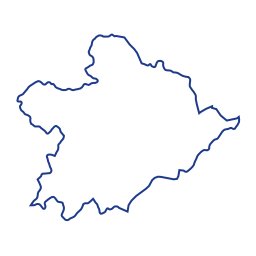 the border of Grad Beograd, rotated 91°
{"feature_id": "SRB-836", "entity_name": "Grad Beograd", "entity_type": "City", "adm_level": 1, "iso_a3": "SRB", "parent_name": "Republic of Serbia", "parent_adm1": "", "projection": "robinson", "projection_center": [20.4, 44.661], "detail": "fine", "context": "isolated", "style": "outline", "palette": "blue", "viewbox_px": 256, "rotation_deg": 91, "n_neighbors": 0, "source": "natural_earth", "source_scale": "10m", "svg_char_len": 5854}
<svg xmlns="http://www.w3.org/2000/svg" viewBox="0 0 256 256"><g transform="rotate(91 128 128)"><path d="M37.5,133.2L44.6,127.7L48.9,123.2L52.8,120.2L63.1,115.5L64.0,112.3L64.6,111.4L65.1,109.6L65.1,109.1L64.9,108.6L63.8,107.3L63.7,107.0L63.9,106.6L64.1,106.4L65.4,105.6L65.7,105.4L66.0,105.0L66.6,103.2L66.6,102.7L66.5,102.2L66.1,101.8L65.8,101.6L64.1,101.1L62.6,100.5L61.8,100.1L61.0,99.5L60.5,98.7L60.4,97.9L60.3,97.2L60.4,96.4L60.5,95.7L61.3,94.5L61.7,94.1L62.5,93.9L64.6,94.0L66.1,93.6L67.5,93.0L68.3,92.5L69.0,91.9L69.3,91.5L69.6,90.4L69.8,86.9L70.0,86.2L70.3,85.6L71.4,83.9L71.6,83.3L71.7,81.4L72.0,79.5L74.4,75.3L75.0,73.9L75.7,71.3L76.0,68.8L76.1,68.4L76.5,67.9L77.9,66.9L78.8,66.6L82.9,67.0L84.6,67.0L85.2,66.9L86.2,66.4L88.9,64.5L90.5,63.1L93.8,61.0L95.4,60.7L98.0,60.7L102.7,59.7L112.0,57.1L110.8,55.7L107.5,50.3L104.8,44.3L106.4,44.3L107.6,40.0L113.8,35.6L118.8,29.4L116.5,19.3L115.0,17.4L117.7,17.0L119.4,17.1L120.2,17.2L121.1,17.6L122.9,18.5L124.7,19.8L126.6,21.0L126.9,21.4L127.1,21.9L127.1,22.4L127.0,23.0L126.2,24.6L126.2,25.3L126.3,25.8L127.2,27.9L127.8,30.9L128.2,31.7L128.8,32.5L130.2,33.8L136.5,37.8L137.0,38.3L137.3,38.8L138.1,41.1L138.5,41.7L139.0,42.3L140.2,43.4L142.2,45.1L143.3,45.8L143.9,46.1L145.2,46.4L147.1,46.5L147.8,46.8L148.2,47.2L148.8,48.1L148.9,48.8L148.7,50.8L148.7,51.4L148.9,52.0L149.1,52.5L150.2,54.0L150.7,54.6L153.6,57.3L154.8,58.1L158.4,59.5L160.6,60.6L163.5,61.5L164.6,62.1L165.8,63.0L167.4,64.5L170.3,67.8L170.6,68.4L170.8,68.9L170.8,69.5L170.6,70.0L170.3,70.6L169.6,71.7L169.2,75.9L175.3,76.8L178.0,78.1L178.5,81.3L176.3,94.2L176.2,97.3L177.4,100.4L179.7,102.9L185.6,106.0L188.3,108.8L195.8,118.6L200.4,123.1L205.0,126.0L211.6,127.0L208.1,135.4L207.0,136.7L206.7,137.4L206.6,138.5L206.6,139.1L206.7,139.7L206.9,140.3L207.3,140.8L208.8,142.3L209.3,143.1L209.6,144.0L209.7,144.8L209.6,145.4L208.7,146.7L208.7,146.9L208.8,147.3L209.7,148.1L211.7,149.1L212.6,149.8L213.1,150.7L214.0,152.5L214.2,153.3L214.1,153.8L213.8,154.2L213.3,154.6L212.9,154.8L209.8,155.4L207.6,156.5L205.3,157.3L204.7,157.6L202.8,159.4L200.3,161.0L199.4,161.7L202.2,164.5L203.6,166.3L203.9,166.9L204.0,167.4L204.0,169.3L204.1,169.9L204.8,171.1L205.2,171.5L206.7,171.9L208.4,172.6L210.2,173.6L213.8,177.3L216.3,179.1L217.3,180.0L218.1,181.2L219.4,184.1L220.8,185.9L221.1,186.9L221.1,188.1L220.9,188.7L220.6,189.3L218.0,191.9L217.5,192.4L216.5,192.8L216.0,192.8L215.4,192.6L211.5,191.0L210.2,190.7L208.5,190.7L207.7,190.9L206.4,191.4L204.3,192.0L204.0,192.2L203.7,192.7L203.5,193.2L203.1,196.1L202.9,196.7L202.5,197.2L202.0,197.7L200.2,199.0L199.1,200.0L198.6,200.5L198.3,201.1L198.2,201.6L198.3,202.6L198.8,203.7L199.5,204.8L200.6,206.3L202.8,208.9L203.4,209.5L203.9,209.8L204.8,209.9L205.4,209.9L207.1,209.3L208.4,209.2L209.4,209.5L209.9,209.8L210.2,210.3L210.3,210.8L210.1,211.5L206.6,214.3L206.0,215.1L205.6,216.1L205.6,216.8L205.6,217.6L205.8,218.3L206.7,220.0L206.9,221.1L207.0,223.9L203.9,221.9L202.4,220.8L201.7,220.0L200.8,218.8L199.9,218.0L199.3,217.7L198.3,217.3L195.5,217.0L193.8,216.6L193.2,216.2L191.3,214.8L189.6,214.1L188.4,214.1L186.9,214.6L184.0,215.9L181.0,217.5L179.1,215.4L178.1,214.4L177.7,214.1L176.2,213.6L175.7,213.3L175.3,212.8L175.1,212.0L175.1,210.7L174.8,208.6L174.6,206.3L174.5,205.6L174.2,205.1L173.9,204.6L172.8,204.0L171.8,203.8L171.2,203.9L170.5,204.1L168.1,205.3L164.7,206.4L163.0,207.2L160.4,207.8L158.3,208.6L157.8,208.6L157.0,208.4L156.6,208.1L156.1,207.4L156.0,206.6L155.9,205.9L156.0,204.3L156.2,203.5L157.2,200.7L153.8,199.2L151.2,197.7L150.4,197.5L148.7,197.3L146.6,197.4L145.7,197.2L144.3,195.9L142.1,194.4L139.9,192.6L138.8,192.2L136.9,191.9L133.1,195.2L132.1,195.6L130.8,195.9L130.0,196.2L129.5,196.6L128.6,197.7L127.7,198.9L127.3,199.7L127.2,199.9L127.3,200.5L127.9,201.6L130.7,204.1L132.6,205.3L134.6,207.4L134.9,207.9L135.0,208.5L134.9,208.9L134.6,209.3L132.9,210.6L132.1,211.4L129.8,214.6L128.3,216.2L128.0,217.0L128.1,219.9L128.1,220.6L128.0,221.2L127.4,222.1L126.3,223.4L125.7,224.5L125.6,224.8L124.6,225.3L123.3,225.7L121.8,225.9L120.1,225.7L119.5,225.8L118.6,226.1L118.0,226.7L117.2,227.9L116.6,229.2L116.3,230.5L115.9,231.3L113.7,233.0L112.4,234.8L111.8,235.2L110.5,235.9L109.5,236.2L108.7,236.4L107.8,236.2L106.3,235.2L105.4,234.8L104.6,234.8L104.2,234.9L103.8,235.2L103.5,235.6L103.4,236.1L103.5,237.5L103.4,238.0L103.3,238.5L103.0,238.9L102.3,239.0L100.2,238.6L99.2,238.3L98.6,237.9L98.0,237.4L97.5,236.7L96.4,234.3L95.8,233.5L91.1,229.6L88.9,228.1L87.7,226.8L83.8,221.1L82.7,218.6L82.7,218.0L83.0,217.1L83.3,216.4L84.1,215.3L85.6,213.7L85.9,213.1L86.0,212.6L86.0,212.1L85.9,211.5L85.6,211.1L84.1,209.5L83.8,209.1L83.7,208.7L83.6,208.2L83.7,207.2L83.8,206.9L84.2,206.4L85.3,205.5L85.5,205.1L85.3,203.8L85.4,203.4L85.6,203.1L86.3,202.5L88.4,201.0L89.0,200.0L89.6,198.7L90.1,197.0L91.0,194.8L91.2,193.5L91.2,192.1L91.0,190.7L90.8,190.1L90.1,189.0L89.9,188.4L89.8,187.8L90.0,186.8L90.9,184.7L91.1,183.8L91.1,183.3L90.5,181.3L90.0,178.8L89.2,176.1L87.9,174.6L87.2,174.1L85.3,172.9L84.8,172.1L84.7,171.6L85.5,168.6L85.6,168.3L85.5,167.7L85.2,167.1L83.9,165.3L83.5,163.1L83.5,161.8L83.4,161.2L82.8,160.0L82.3,159.4L81.8,159.1L81.1,159.1L80.6,159.3L79.7,160.3L79.2,161.2L79.0,163.0L78.7,163.8L78.2,164.5L77.3,165.5L76.7,166.3L76.2,167.1L75.8,168.2L75.2,168.9L73.7,170.0L70.7,171.6L70.2,171.7L69.7,171.6L69.2,171.2L68.9,170.7L67.6,168.6L66.4,167.1L65.6,165.1L65.2,164.5L64.6,164.1L63.3,163.6L62.2,163.5L60.5,163.6L59.6,163.7L58.8,163.9L58.0,164.4L57.3,164.9L56.9,165.4L56.0,167.0L55.2,167.8L54.4,168.1L52.6,168.6L51.7,168.4L50.5,167.8L48.2,167.1L46.1,165.9L42.2,165.2L41.0,164.6L40.1,163.8L39.2,162.6L38.0,161.7L37.2,160.8L36.7,159.9L36.2,159.0L35.9,158.1L35.9,157.5L36.3,155.3L37.0,154.5L37.0,150.4L36.8,149.1L36.6,148.5L36.4,148.1L35.4,146.9L35.0,146.3L34.9,145.7L35.1,145.1L36.4,143.3L36.5,143.0L36.5,142.6L36.2,141.5L37.5,133.2Z" fill="none" stroke="#1e3a8a" stroke-width="2"/></g></svg>